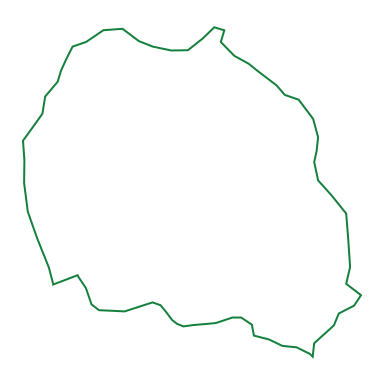 outline of Konia, Paphos, Cyprus
{"feature_id": "46923920B68856851559868", "entity_name": "Konia", "entity_type": "district", "adm_level": 2, "iso_a3": "CYP", "parent_name": "Cyprus", "parent_adm1": "Paphos", "projection": "mercator", "projection_center": [32.462, 34.78], "detail": "fine", "context": "isolated", "style": "outline", "palette": "green", "viewbox_px": 384, "rotation_deg": 0, "n_neighbors": 0, "source": "geoboundaries", "source_scale": "gbopen_adm2", "svg_char_len": 971}
<svg xmlns="http://www.w3.org/2000/svg" viewBox="0 0 384 384"><path d="M53.2,284.5L77.6,275.2L78.5,277.1L85.9,288.0L91.5,304.4L99.0,310.2L112.3,310.8L124.7,311.4L152.5,302.4L160.5,305.2L165.8,311.6L172.1,320.0L177.1,323.9L183.5,326.4L193.7,325.0L207.0,323.9L215.9,323.0L232.5,317.5L241.1,317.5L251.9,324.7L253.9,335.6L269.1,339.5L282.4,345.9L296.5,347.3L309.8,353.9L312.7,356.7L314.2,343.2L333.9,325.4L338.8,313.5L354.1,305.6L355.5,303.5L361.0,295.2L346.2,283.8L350.1,267.0L348.2,238.8L346.2,213.6L331.4,195.2L318.1,180.4L314.2,162.1L316.6,151.2L318.1,137.3L313.2,119.0L298.7,99.7L284.8,94.9L276.6,85.4L257.4,70.8L248.9,63.9L234.4,55.9L220.8,42.0L224.3,30.3L214.3,27.3L202.6,38.6L187.9,50.2L171.3,50.5L152.7,46.6L138.9,41.1L122.5,28.8L103.4,30.2L86.2,41.9L72.6,46.6L66.3,59.1L61.0,70.6L57.7,81.7L45.2,96.5L42.4,113.7L36.9,121.5L23.0,140.7L24.4,160.2L24.1,183.0L27.8,211.7L37.2,238.4L48.9,267.6L53.2,284.1L53.2,284.5Z" fill="none" stroke="#15803d" stroke-width="2"/></svg>